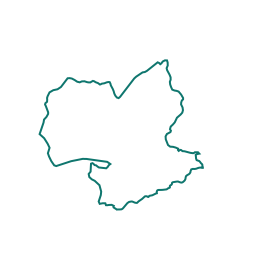 map outline of Mbeya (Natural Earth projection), rotated 311°
{"feature_id": "TZA-3335", "entity_name": "Mbeya", "entity_type": "Region", "adm_level": 1, "iso_a3": "TZA", "parent_name": "United Republic of Tanzania", "parent_adm1": "", "projection": "natural_earth1", "projection_center": [33.421, -8.292], "detail": "fine", "context": "isolated", "style": "outline", "palette": "teal", "viewbox_px": 256, "rotation_deg": 311, "n_neighbors": 0, "source": "natural_earth", "source_scale": "10m", "svg_char_len": 2907}
<svg xmlns="http://www.w3.org/2000/svg" viewBox="0 0 256 256"><g transform="rotate(311 128 128)"><path d="M155.4,198.6L153.9,197.4L152.2,196.7L151.4,197.5L150.7,198.3L149.6,199.4L148.8,200.9L149.8,203.5L149.7,204.5L149.3,206.2L149.3,207.3L149.1,208.1L148.7,208.6L147.9,209.2L147.9,209.6L147.1,210.6L146.5,210.1L146.0,209.0L144.8,207.8L143.4,206.9L142.2,206.3L140.9,205.3L139.7,203.8L138.3,202.9L136.7,203.4L135.4,204.2L134.1,204.4L132.8,204.2L131.3,203.6L129.6,203.4L128.4,204.0L127.2,204.8L125.6,205.2L123.6,205.0L122.6,204.7L121.8,204.1L121.2,203.0L120.4,200.8L119.4,199.8L116.6,197.5L115.8,197.2L115.3,197.3L114.5,197.9L114.1,198.0L113.5,198.0L112.5,197.6L111.8,197.6L111.4,197.8L110.8,198.5L110.3,198.6L110.1,198.5L108.7,197.8L107.3,197.5L106.9,197.3L103.8,194.5L101.3,191.7L100.4,191.1L99.4,191.2L98.5,191.7L97.7,192.6L97.0,192.1L93.2,190.5L90.9,188.7L90.6,188.6L89.7,188.7L89.3,188.6L89.0,188.1L88.9,187.3L88.7,186.8L88.0,186.0L87.4,185.6L83.8,185.2L79.5,184.1L77.6,184.0L77.0,183.5L76.2,182.2L75.3,179.5L74.7,178.7L72.9,177.3L70.9,176.8L64.4,176.9L63.3,176.8L62.3,176.4L61.4,175.5L59.5,173.4L59.1,173.1L59.1,172.7L58.6,169.2L59.1,168.6L59.9,168.4L59.3,166.1L57.3,164.0L56.2,163.1L55.3,162.0L56.3,160.3L54.5,158.2L52.2,156.4L53.3,154.1L59.5,151.5L62.4,149.5L66.1,144.0L66.3,137.5L65.5,134.3L65.6,131.0L67.5,128.5L70.5,128.4L76.8,123.5L78.1,124.2L78.3,125.3L78.1,127.1L78.9,128.5L78.9,130.2L79.1,131.9L83.3,138.0L85.4,138.2L87.3,137.9L89.2,138.3L88.8,134.5L77.3,116.8L74.9,114.0L65.7,106.9L52.2,98.8L51.4,96.8L52.7,91.8L54.7,87.1L56.4,84.1L61.6,81.8L63.4,77.7L65.3,71.4L65.4,65.3L76.7,60.7L79.3,59.1L82.8,59.2L86.2,58.5L87.5,57.4L90.7,51.5L91.3,50.0L92.5,49.4L94.7,49.7L96.4,48.4L97.6,47.2L99.2,46.5L103.4,45.4L107.5,46.8L111.0,49.4L115.0,50.5L125.9,49.8L127.4,51.3L128.5,53.2L129.2,56.2L129.6,59.3L130.8,61.6L132.9,62.6L134.7,64.5L135.8,67.1L136.6,68.4L137.6,69.6L140.5,70.6L141.1,71.9L141.3,73.5L142.2,75.9L142.4,78.3L143.2,78.8L144.2,79.1L146.2,80.8L148.5,82.0L149.8,83.0L150.6,84.1L149.9,85.7L148.9,87.1L147.5,90.8L146.4,93.0L145.0,95.1L144.1,97.2L143.7,99.6L144.4,101.3L146.3,101.6L169.5,100.2L172.1,100.5L179.5,102.5L181.3,104.0L183.5,104.8L197.0,107.3L197.5,109.0L197.3,110.5L198.6,110.8L201.0,110.6L203.3,111.5L204.6,113.1L203.4,115.0L201.2,117.0L198.5,117.9L197.3,119.6L195.5,124.4L194.2,126.9L192.4,128.5L190.3,129.3L188.5,131.3L187.1,133.8L186.0,136.2L186.8,138.5L187.9,140.3L188.7,142.3L188.1,146.1L186.8,149.9L185.7,150.8L184.1,150.6L182.2,151.4L180.6,152.6L179.3,155.7L177.5,157.8L175.2,158.9L172.7,158.9L167.9,158.2L162.9,159.6L160.0,159.6L157.1,159.3L154.6,160.5L154.1,162.2L152.7,162.7L149.0,161.3L146.3,161.9L144.2,164.0L141.4,169.4L141.6,172.1L143.3,174.3L144.5,176.8L145.3,179.4L144.2,180.1L144.0,181.3L145.7,181.7L146.2,182.5L146.3,184.3L147.5,185.9L150.2,191.4L151.7,193.7L152.6,194.2L153.6,194.4L155.6,196.7L155.4,198.6Z" fill="none" stroke="#0f766e" stroke-width="2"/></g></svg>